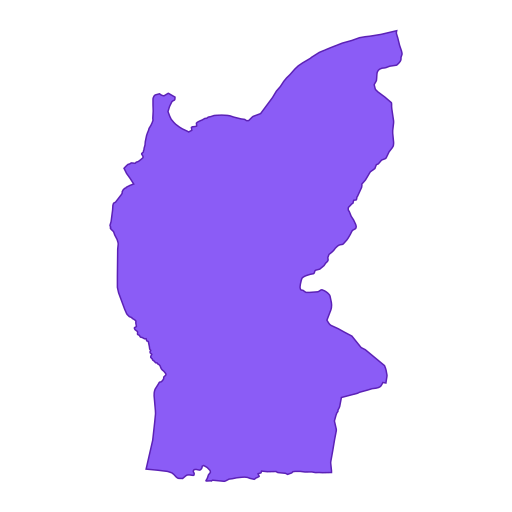 Bang Pahan, Phra Nakhon Si Ayutthaya, Thailand (Robinson projection)
{"feature_id": "78962969B12192393501307", "entity_name": "Bang Pahan", "entity_type": "district", "adm_level": 2, "iso_a3": "THA", "parent_name": "Thailand", "parent_adm1": "Phra Nakhon Si Ayutthaya", "projection": "robinson", "projection_center": [100.543, 14.478], "detail": "fine", "context": "isolated", "style": "filled", "palette": "violet", "viewbox_px": 512, "rotation_deg": 0, "n_neighbors": 0, "source": "geoboundaries", "source_scale": "gbopen_adm2", "svg_char_len": 6041}
<svg xmlns="http://www.w3.org/2000/svg" viewBox="0 0 512 512"><path d="M146.1,469.1L157.6,470.2L167.4,471.4L169.4,472.0L171.9,472.9L173.9,474.5L176.1,476.9L177.5,478.0L178.7,478.4L182.6,478.5L185.8,475.8L187.0,475.1L188.2,474.9L189.5,474.9L193.1,475.4L193.7,475.3L194.0,474.9L194.2,473.8L194.0,472.9L193.3,471.7L193.3,470.9L193.6,470.3L194.0,469.8L194.7,469.5L196.1,469.4L199.5,470.1L200.0,470.0L200.4,469.8L201.5,468.7L202.0,467.6L202.2,466.2L203.7,465.5L206.7,467.2L207.4,467.7L210.0,470.4L210.3,471.2L210.4,472.3L210.2,472.7L208.5,474.8L207.5,477.7L206.9,479.1L206.0,480.5L206.0,480.8L206.3,481.0L206.9,481.0L210.7,480.8L211.4,481.0L212.0,480.5L212.6,480.2L224.1,481.3L224.8,481.2L226.0,480.7L229.1,479.1L232.4,478.7L236.6,477.8L242.5,477.2L244.7,477.1L247.4,477.4L250.1,478.4L254.2,479.3L254.9,478.9L256.1,477.9L257.0,477.6L259.1,476.5L259.1,476.1L258.0,473.8L258.3,473.6L260.6,473.0L261.0,472.8L261.2,472.3L261.5,471.1L267.4,471.7L276.1,471.5L277.4,472.4L278.3,472.6L285.5,473.3L287.6,474.4L291.7,472.9L292.9,471.7L295.1,471.4L300.3,471.4L305.1,472.0L311.8,471.9L315.4,472.6L319.2,472.5L322.6,472.7L331.5,472.5L331.5,470.8L330.7,463.2L330.7,462.0L332.7,450.9L334.6,439.5L336.3,430.7L336.3,429.3L334.4,421.0L335.9,415.5L336.6,413.5L336.9,412.8L337.9,411.5L338.0,410.0L339.1,408.0L339.7,406.4L341.4,397.5L357.7,393.2L359.4,392.3L367.8,390.0L372.0,388.7L375.9,388.2L378.3,387.6L379.8,386.9L380.7,386.2L381.9,384.4L382.8,382.5L385.9,383.0L386.9,376.6L387.0,375.3L386.1,370.3L385.5,368.2L384.5,365.6L365.3,349.7L361.4,347.7L360.8,347.2L351.9,336.1L344.5,332.2L338.2,328.7L331.0,325.4L329.7,324.4L328.5,322.8L326.9,320.2L330.9,309.8L331.4,307.8L331.6,305.1L331.4,302.7L330.1,296.4L329.7,295.3L329.1,294.5L327.9,293.2L326.4,292.0L324.7,290.9L322.0,289.8L321.1,289.9L318.6,291.5L317.8,291.8L309.8,292.4L306.1,292.4L305.6,292.2L302.9,290.3L301.5,290.1L300.9,289.8L300.6,289.5L300.3,288.6L300.0,287.2L300.4,284.1L301.2,280.6L301.9,278.4L302.2,278.0L303.1,277.2L304.6,276.3L306.5,275.5L310.3,274.3L313.5,273.7L313.9,273.4L314.3,272.8L314.8,271.1L315.4,270.4L316.3,270.0L318.8,269.4L319.8,269.1L324.0,265.6L325.7,263.1L327.0,261.9L327.9,260.7L328.1,259.8L327.8,257.6L329.0,254.4L331.7,252.3L333.6,250.5L335.4,248.1L337.3,246.3L338.5,245.4L339.9,244.8L342.4,244.4L343.2,244.0L346.8,240.0L348.2,238.0L350.3,234.4L351.5,232.0L352.3,230.6L353.1,230.0L355.3,228.8L355.8,228.2L356.0,227.8L356.2,226.4L355.7,224.5L353.6,220.0L351.2,216.3L349.2,211.4L348.4,210.3L348.2,209.4L348.3,207.8L348.6,207.2L350.7,205.1L351.4,204.2L353.0,203.1L353.5,200.8L353.7,200.3L354.0,200.2L355.9,200.0L356.3,199.8L356.6,199.1L356.9,197.2L357.6,196.1L361.6,187.4L361.9,185.5L361.8,184.5L361.9,184.0L365.5,179.9L370.0,172.3L370.5,171.7L374.9,168.5L376.2,165.0L376.5,164.6L378.3,163.9L381.3,160.4L382.0,159.9L385.2,158.7L386.1,158.0L389.1,151.8L392.3,147.7L393.3,145.9L393.6,143.8L393.6,142.3L392.7,133.2L392.7,130.5L393.6,122.9L393.6,121.0L391.8,108.9L391.6,106.5L391.6,104.3L391.5,103.0L391.2,102.5L384.9,97.1L377.9,91.9L375.6,89.6L375.2,88.8L374.2,84.8L374.4,84.2L375.9,81.6L376.4,80.6L376.6,79.0L376.9,74.3L377.1,72.8L377.4,71.9L378.3,70.3L379.6,69.2L381.9,68.2L384.6,67.9L386.0,67.6L389.7,66.2L396.4,65.2L397.1,64.8L399.1,62.8L400.3,61.2L400.8,60.1L401.0,59.1L401.0,57.4L402.0,54.4L402.0,53.2L401.5,51.0L399.6,45.4L397.8,38.1L396.4,33.5L396.4,32.2L396.7,30.7L381.0,34.4L369.9,36.2L365.3,36.7L359.5,37.7L351.7,40.5L342.3,43.1L330.3,47.8L319.3,52.4L311.7,57.2L310.4,58.3L302.6,62.9L298.2,65.9L295.0,68.9L290.0,74.6L286.6,77.9L283.8,81.3L280.4,86.5L276.4,91.1L272.5,97.6L260.6,113.6L253.1,116.4L252.1,117.2L249.0,120.3L248.2,120.7L246.4,120.6L244.7,119.4L241.0,118.9L233.8,117.1L229.9,115.8L227.4,115.4L221.8,115.1L216.6,115.3L214.1,115.5L210.8,116.6L208.3,117.1L206.6,118.3L204.9,118.4L202.3,119.9L199.7,121.0L197.4,122.2L196.4,123.2L196.7,125.6L196.6,126.1L195.1,126.5L192.4,126.8L191.5,127.3L191.4,127.4L191.8,130.3L188.6,132.0L187.5,131.3L182.4,128.9L179.6,127.2L175.7,124.3L173.8,122.4L171.2,119.3L169.7,116.2L168.0,111.6L169.3,107.2L169.8,105.9L171.9,101.7L172.7,101.0L174.4,100.1L174.7,99.7L174.9,99.1L175.0,97.1L168.4,93.3L168.0,93.4L164.2,95.7L163.6,95.8L162.1,95.4L161.2,95.0L159.5,93.8L155.7,94.8L154.7,95.3L153.9,96.3L153.1,98.2L153.0,99.1L153.0,105.0L153.2,111.0L152.8,118.3L153.0,120.3L152.2,122.6L150.9,125.4L149.1,128.3L148.5,130.4L147.5,132.8L146.6,135.4L145.3,141.6L145.0,145.1L144.1,148.2L144.0,149.6L143.5,150.8L143.4,151.8L142.9,152.5L141.8,153.4L141.7,153.7L141.7,154.2L142.6,155.6L143.0,156.4L143.0,157.6L142.5,158.2L139.3,160.8L137.9,161.7L136.3,162.1L135.5,163.0L135.0,163.3L131.5,162.9L130.9,163.1L129.8,163.9L128.0,164.4L126.5,165.7L124.0,168.3L126.6,173.5L130.2,178.5L133.7,184.0L130.0,185.4L126.4,187.2L126.0,187.8L124.8,188.3L124.2,188.8L123.2,189.8L122.2,191.7L122.2,193.2L121.5,194.4L115.5,202.2L113.9,203.0L113.5,203.4L112.9,205.3L112.6,210.0L111.1,221.5L110.0,225.3L110.2,226.2L110.6,226.9L110.6,227.6L110.3,228.0L111.1,229.3L113.3,231.4L113.7,232.0L114.7,234.9L117.1,239.5L118.1,242.8L118.2,244.1L117.7,249.2L117.4,276.0L117.4,287.4L118.6,292.8L124.7,309.3L126.7,313.8L127.2,314.5L129.3,316.6L131.8,317.6L132.2,318.4L133.7,319.2L135.0,320.1L135.8,320.9L135.9,321.4L135.8,323.0L136.4,326.3L135.8,327.0L134.5,327.6L134.4,328.3L135.0,329.6L137.4,331.5L137.6,332.0L137.5,334.1L137.7,334.5L139.3,335.3L140.3,336.9L140.7,337.2L142.2,337.5L144.5,338.8L146.1,338.7L146.7,340.8L148.3,341.5L149.3,346.2L149.7,349.1L150.7,350.3L150.7,350.7L150.1,351.5L150.1,352.4L150.2,352.9L151.4,353.8L151.8,354.3L151.7,354.6L151.1,355.6L150.8,356.3L150.7,357.0L150.8,357.5L152.2,358.9L152.7,360.1L153.8,360.8L155.5,362.6L155.7,362.8L156.9,362.8L157.7,363.9L158.8,364.5L159.5,365.1L160.0,365.7L161.0,368.2L161.4,368.9L162.2,369.9L163.9,371.3L165.7,373.6L165.9,374.1L165.9,374.7L165.7,375.2L163.8,377.0L163.6,378.9L162.6,380.4L161.5,381.6L160.9,381.9L159.7,382.1L159.2,382.5L158.5,383.8L155.1,389.2L154.5,391.1L154.2,392.8L154.1,395.8L155.4,410.6L155.5,413.1L155.5,414.0L154.7,422.2L152.7,440.3L146.1,469.1Z" fill="#8b5cf6" stroke="#5b21b6" stroke-width="1.5"/></svg>